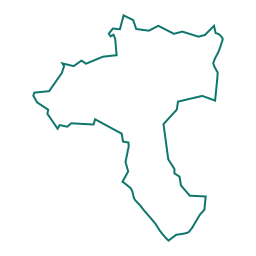 Dojran, Dojran, North Macedonia
{"feature_id": "65306769B30499724495111", "entity_name": "Dojran", "entity_type": "district", "adm_level": 2, "iso_a3": "MKD", "parent_name": "North Macedonia", "parent_adm1": "Dojran", "projection": "albers", "projection_center": [22.692, 41.225], "detail": "fine", "context": "isolated", "style": "outline", "palette": "teal", "viewbox_px": 256, "rotation_deg": 0, "n_neighbors": 0, "source": "geoboundaries", "source_scale": "gbopen_adm2", "svg_char_len": 1216}
<svg xmlns="http://www.w3.org/2000/svg" viewBox="0 0 256 256"><path d="M122.5,181.7L125.5,183.9L130.8,188.3L132.4,191.6L133.9,198.1L135.1,200.1L140.4,205.7L143.9,210.3L150.8,218.2L155.7,224.1L157.6,227.2L159.4,230.1L162.3,233.9L165.6,237.7L168.5,240.6L176.3,234.7L180.5,234.2L184.6,233.5L187.2,232.8L188.7,232.0L189.2,231.6L192.1,227.8L199.8,214.8L204.4,209.7L205.7,196.5L189.8,195.7L181.0,185.5L179.5,176.6L174.4,173.4L174.4,168.9L168.3,159.4L163.5,124.1L176.8,109.6L178.0,101.6L202.2,95.9L215.1,100.6L217.2,79.4L217.7,72.5L217.4,72.0L214.6,67.1L213.2,63.2L215.0,58.4L218.2,52.4L219.9,48.1L222.7,39.6L222.5,38.3L222.1,37.6L220.5,35.7L219.3,34.6L218.5,34.0L216.6,33.4L215.8,33.2L215.4,32.1L214.0,25.8L204.9,35.0L198.5,36.7L182.3,31.6L173.9,33.8L158.3,25.8L148.9,30.7L136.2,29.0L133.2,20.1L123.6,15.4L119.9,29.3L112.9,28.5L108.8,33.6L110.6,36.4L113.5,34.7L115.2,38.9L116.6,55.2L102.9,56.7L86.0,63.7L81.5,60.6L73.6,66.1L62.4,63.4L64.1,66.1L61.8,73.0L49.1,91.2L34.4,92.6L33.3,95.6L37.1,102.4L48.2,109.7L47.4,113.8L57.6,128.7L59.7,125.1L67.3,126.7L71.2,123.3L93.5,124.5L95.1,119.3L121.7,133.7L123.0,141.6L128.4,142.5L128.7,146.4L125.5,162.1L128.2,171.4L122.5,181.7Z" fill="none" stroke="#0f766e" stroke-width="2"/></svg>